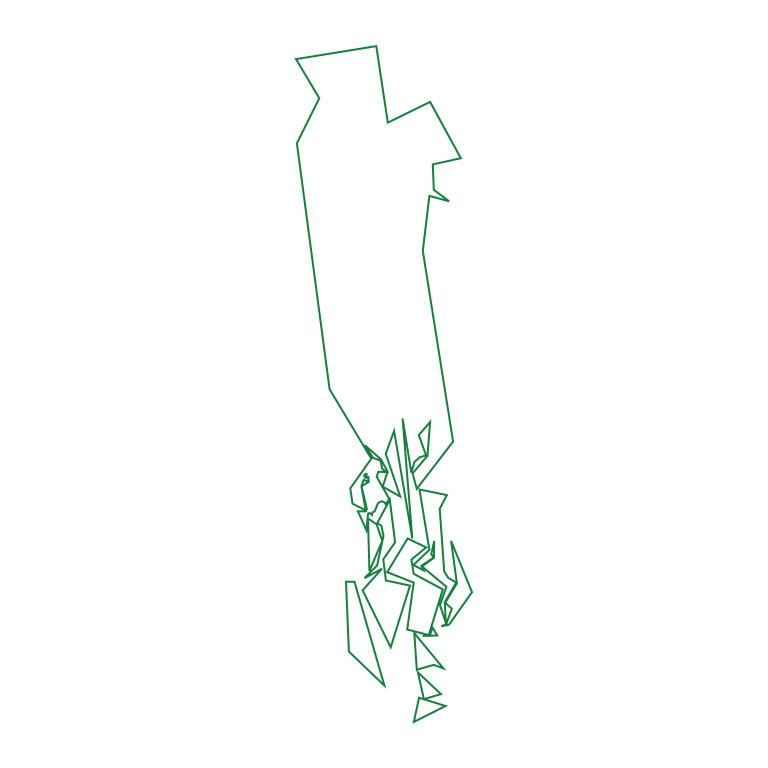 outline of Satkhira, Khulna, Bangladesh
{"feature_id": "16705992B60176987344662", "entity_name": "Satkhira", "entity_type": "district", "adm_level": 2, "iso_a3": "BGD", "parent_name": "Bangladesh", "parent_adm1": "Khulna", "projection": "equal_earth", "projection_center": [89.15, 22.3], "detail": "medium", "context": "isolated", "style": "outline", "palette": "green", "viewbox_px": 768, "rotation_deg": 0, "n_neighbors": 0, "source": "geoboundaries", "source_scale": "gbopen_adm2", "svg_char_len": 1933}
<svg xmlns="http://www.w3.org/2000/svg" viewBox="0 0 768 768"><path d="M296.0,59.1L319.3,98.2L296.9,143.3L329.6,389.3L371.3,458.7L350.3,488.4L352.5,503.7L365.7,510.3L361.4,486.2L363.6,479.9L368.3,481.5L368.2,477.4L365.3,477.8L364.3,475.8L364.8,474.4L367.4,473.6L364.6,475.7L368.4,477.0L368.7,481.9L361.6,486.3L366.9,509.0L365.5,511.4L357.9,511.3L366.4,530.1L368.1,513.5L369.7,513.0L372.0,515.0L372.5,512.4L374.7,511.4L378.0,503.1L381.8,501.2L384.5,502.4L385.7,504.2L389.3,499.0L376.7,476.7L378.3,471.8L386.3,472.0L382.1,468.7L380.6,460.7L373.2,457.9L364.7,445.2L380.8,459.1L387.6,471.6L382.7,486.6L400.2,496.5L385.7,453.8L394.1,430.9L412.3,538.4L402.6,418.6L411.3,472.6L414.5,461.9L419.8,457.2L426.1,455.4L418.8,435.1L430.1,422.0L427.5,455.8L412.6,473.4L416.8,488.8L453.1,441.6L422.8,250.8L429.4,195.9L449.1,201.3L433.8,189.8L432.8,164.4L460.8,158.2L430.1,101.9L387.8,122.6L376.3,46.1L296.0,59.1ZM395.1,542.4L389.8,499.7L377.3,523.1L381.4,525.7L383.5,535.8L377.1,565.5L364.4,578.2L382.0,568.7L362.6,590.3L390.7,647.3L410.0,585.6L385.9,580.5L383.3,559.3L395.1,542.4ZM407.6,538.5L387.2,572.2L413.7,582.6L407.2,629.5L428.8,635.1L442.8,589.4L413.7,573.8L411.4,559.6L426.2,547.4L407.6,538.5ZM446.9,495.1L419.5,489.5L429.4,549.8L413.4,565.0L423.6,570.4L421.4,565.9L433.5,557.7L431.3,554.0L434.2,541.1L434.0,557.7L422.0,566.5L446.4,586.8L440.0,605.2L445.9,623.0L444.7,602.4L456.2,582.6L448.3,577.8L444.2,571.5L439.7,508.8L446.9,495.1ZM384.4,685.6L354.5,581.8L346.0,581.7L348.9,651.6L384.4,685.6ZM449.0,624.7L472.0,592.2L451.1,540.9L456.9,583.3L445.2,602.8L451.8,608.7L446.3,624.0L441.3,626.3L449.0,624.7ZM414.3,633.2L416.8,669.7L433.8,664.9L443.4,668.4L414.3,633.2ZM440.9,694.1L417.9,672.4L423.9,699.2L440.9,694.1ZM376.6,524.3L368.0,518.5L369.4,571.1L382.3,540.8L376.6,524.3ZM445.5,706.0L419.0,697.8L413.9,721.9L445.5,706.0ZM437.3,635.5L432.5,627.6L429.9,635.4L422.7,636.0L437.3,635.5Z" fill="none" stroke="#15803d" stroke-width="2"/></svg>